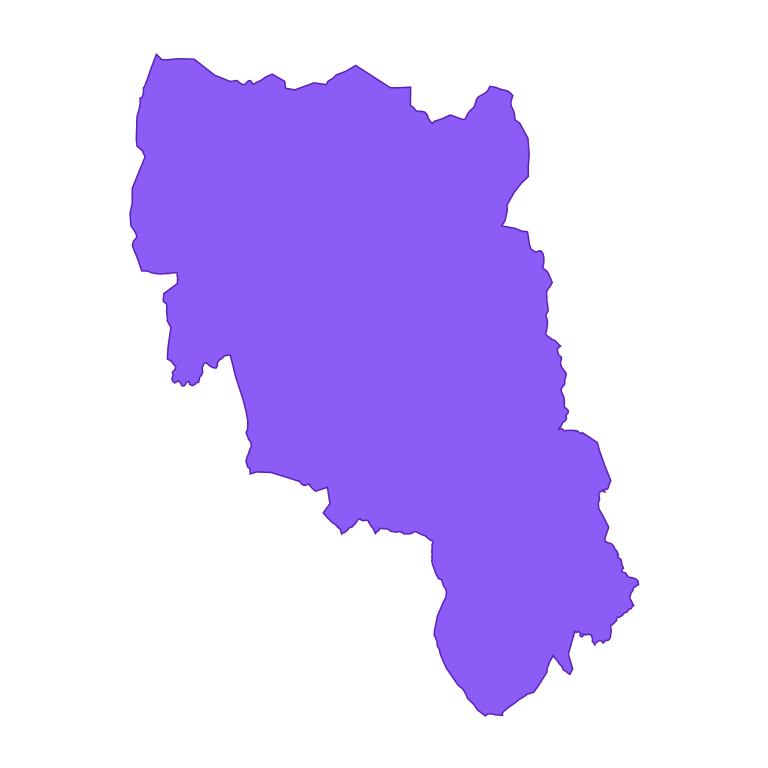 the district of Antananarivo Atsimondrano, Analamanga, Madagascar, rotated 179°
{"feature_id": "10022922B82805843876956", "entity_name": "Antananarivo Atsimondrano", "entity_type": "district", "adm_level": 2, "iso_a3": "MDG", "parent_name": "Madagascar", "parent_adm1": "Analamanga", "projection": "natural_earth1", "projection_center": [47.486, -19.01], "detail": "fine", "context": "isolated", "style": "filled", "palette": "violet", "viewbox_px": 768, "rotation_deg": 179, "n_neighbors": 0, "source": "geoboundaries", "source_scale": "gbopen_adm2", "svg_char_len": 6127}
<svg xmlns="http://www.w3.org/2000/svg" viewBox="0 0 768 768"><g transform="rotate(179 384 384)"><path d="M326.4,98.5L315.3,81.7L310.4,77.5L307.6,72.5L305.8,68.0L299.5,61.7L296.2,56.4L288.4,50.4L286.2,52.2L284.6,52.3L281.3,52.1L278.0,51.2L271.2,50.7L271.6,52.5L271.1,53.2L269.5,55.0L263.6,59.6L259.6,62.1L254.4,66.1L247.4,70.3L247.1,71.0L239.6,73.2L235.1,79.3L226.0,93.3L226.0,95.4L225.4,98.0L223.8,101.6L223.9,102.1L219.5,109.5L218.0,107.0L216.2,105.2L213.6,101.2L211.2,98.7L209.5,94.7L208.0,94.1L203.3,90.4L200.3,95.8L204.4,110.6L197.6,133.3L196.2,132.3L193.9,133.1L191.6,130.8L192.4,129.5L192.2,128.6L190.7,127.7L189.6,128.2L189.3,130.1L188.7,130.5L186.9,129.5L184.4,130.2L181.4,129.7L180.0,125.7L180.2,122.8L178.9,121.6L177.8,119.5L177.2,120.8L176.3,121.8L173.6,123.5L172.4,123.7L171.0,123.3L170.5,122.9L170.0,121.4L169.4,121.3L167.9,122.5L167.2,123.7L165.8,123.9L164.8,123.6L163.1,124.8L162.0,127.1L161.8,129.5L161.0,132.9L161.8,138.7L160.9,138.8L159.6,139.6L155.6,143.4L155.7,144.2L154.9,146.7L153.2,146.7L152.1,147.1L149.6,148.6L147.7,151.0L144.8,151.8L143.5,154.1L142.8,154.3L142.7,154.8L140.8,155.1L139.4,157.5L138.1,158.1L139.8,161.0L140.5,163.3L141.9,164.4L141.8,166.6L140.7,170.6L139.0,172.9L137.8,176.4L136.5,176.7L134.4,178.4L133.0,178.8L133.3,182.1L134.2,183.5L135.8,184.7L139.1,185.9L143.0,186.7L145.8,191.0L149.0,191.7L149.5,192.7L149.5,193.8L147.7,195.7L149.4,199.5L149.8,203.5L150.3,204.5L153.3,207.0L153.6,209.6L152.7,209.3L154.0,212.8L155.9,214.6L157.1,217.8L159.7,220.6L162.9,221.3L166.0,223.3L165.6,226.4L162.1,236.1L162.0,237.4L167.8,249.2L171.4,255.5L171.8,260.9L170.5,265.1L171.1,270.8L170.4,271.8L167.4,273.9L166.1,272.3L165.3,272.3L166.1,273.0L166.2,274.1L164.6,274.3L164.1,275.3L162.5,275.0L161.3,276.9L161.4,278.1L160.8,278.9L159.0,283.5L164.9,299.2L169.4,312.7L171.8,321.8L186.6,332.0L188.1,331.1L189.1,331.6L191.3,333.6L195.1,334.3L201.9,334.5L202.8,334.0L205.4,334.6L206.4,335.9L207.3,336.2L209.8,335.6L210.0,336.8L208.1,338.0L205.7,343.0L203.9,343.5L202.1,346.0L202.6,349.3L200.2,352.3L200.2,354.0L201.0,355.2L204.1,357.9L204.0,364.4L204.5,368.2L206.5,372.5L207.0,374.5L206.8,376.0L205.9,377.7L203.3,380.6L203.3,384.5L201.5,390.5L202.1,392.1L206.1,397.8L207.1,401.0L207.1,402.7L206.1,406.0L206.2,407.8L208.5,409.7L209.3,411.0L210.1,414.8L209.6,416.7L206.8,418.7L212.4,424.5L215.0,425.6L221.1,430.2L221.4,432.0L220.3,435.8L219.4,442.4L219.7,445.8L220.8,448.5L220.7,451.3L219.4,452.7L218.5,454.4L219.9,466.8L219.6,468.3L220.0,471.8L219.6,473.6L218.1,476.5L216.5,478.2L214.0,482.6L218.0,492.3L219.3,494.1L222.7,496.9L223.1,498.6L222.2,501.6L222.0,504.1L222.0,508.0L222.6,510.8L223.5,512.9L224.9,514.4L226.9,514.3L229.8,513.3L231.9,514.3L234.7,516.3L236.2,521.3L237.8,533.5L239.8,534.1L242.6,534.1L250.5,537.4L263.6,540.0L260.6,544.4L259.8,546.5L257.7,555.2L257.9,560.6L255.1,565.6L250.4,573.4L243.1,582.5L236.0,589.0L236.0,598.3L234.8,610.9L235.8,627.2L243.2,641.5L244.3,643.0L248.0,645.4L248.5,647.3L248.9,651.9L249.9,655.4L252.0,660.0L252.2,662.4L252.2,663.8L250.2,670.2L252.9,673.1L254.9,674.6L257.7,675.6L260.7,676.1L267.6,678.8L273.0,679.7L275.3,675.3L277.5,673.4L283.9,669.8L285.3,668.7L286.7,666.5L288.6,660.3L289.8,658.6L293.3,655.6L295.7,652.6L298.3,647.3L300.0,647.1L301.6,647.4L311.9,651.5L313.8,651.6L320.4,648.4L329.1,645.8L331.1,643.7L332.8,645.3L335.4,649.7L336.0,652.4L338.4,655.1L342.0,656.0L345.7,656.2L347.6,657.0L349.5,659.8L352.7,661.9L352.2,680.3L367.6,679.9L372.7,680.2L406.7,703.0L417.0,697.2L426.3,693.9L429.9,690.4L434.5,687.9L436.7,684.4L448.7,686.3L468.0,679.7L477.3,681.4L478.0,688.4L490.4,695.7L497.0,693.0L502.2,689.4L506.6,687.7L508.6,686.2L510.0,686.3L511.9,689.4L514.0,689.7L518.3,685.7L520.2,686.1L523.0,687.5L525.5,690.0L532.6,689.2L547.9,695.7L568.2,712.1L584.7,712.8L596.2,711.9L600.4,712.1L605.8,717.6L611.4,703.6L615.8,691.5L618.2,685.6L619.3,684.5L619.5,678.8L620.5,675.7L621.5,674.4L623.0,674.0L622.8,669.0L624.1,662.9L626.3,655.6L627.4,633.1L626.8,626.1L621.6,621.4L618.9,615.3L632.2,584.3L632.7,568.4L635.0,558.9L634.3,546.8L629.8,539.7L628.4,535.2L632.0,531.2L633.2,526.6L627.9,512.8L624.3,501.3L618.1,501.0L614.5,499.3L609.6,498.3L605.2,497.9L598.9,498.3L598.0,498.0L597.0,498.4L593.4,498.8L588.9,499.0L588.7,497.9L589.0,495.9L588.5,494.3L588.8,488.1L602.6,478.2L603.3,470.8L601.9,469.1L600.8,469.1L599.7,466.2L600.1,459.6L599.4,453.1L599.6,451.1L596.1,444.2L599.3,424.5L600.2,412.8L596.0,410.3L594.6,407.9L591.9,404.9L592.8,402.2L595.4,399.4L594.7,396.5L596.0,392.8L595.1,390.3L593.3,388.7L589.3,390.8L587.6,389.0L586.0,385.6L583.6,385.8L582.4,387.2L581.3,389.3L579.1,390.0L578.4,387.0L575.8,385.7L573.1,386.8L572.0,388.4L569.3,389.0L568.2,393.8L566.2,396.2L565.1,398.9L565.5,403.5L563.6,407.6L561.8,408.6L557.1,404.5L554.0,403.1L551.6,402.9L550.2,405.0L550.4,407.7L548.5,410.6L545.4,412.4L543.1,414.9L539.6,415.6L537.1,415.3L532.1,393.4L525.4,371.8L522.5,359.6L520.8,349.4L521.2,340.9L522.8,337.9L520.1,330.6L518.2,328.5L517.7,324.1L519.4,320.8L520.7,316.6L522.1,313.9L523.3,309.2L521.9,303.6L519.5,301.6L519.4,296.4L513.0,298.3L498.4,297.5L470.0,288.0L467.7,284.9L465.2,283.9L461.1,285.2L457.6,281.0L454.9,278.4L453.9,278.1L442.4,281.7L440.1,265.4L447.0,256.2L443.2,251.5L438.0,246.2L435.7,244.8L434.1,243.3L432.8,241.5L430.9,240.3L429.8,238.3L429.6,236.7L428.8,234.7L428.0,235.6L425.6,236.4L424.5,237.6L423.6,238.0L421.0,240.9L418.5,241.6L415.2,244.8L412.2,248.9L410.6,249.6L409.6,249.2L409.8,248.7L407.3,247.6L403.8,248.2L402.0,247.3L401.8,246.3L399.6,242.5L397.2,239.2L395.2,234.6L393.4,236.8L391.5,237.8L390.7,239.6L390.3,239.9L387.9,239.3L386.5,239.6L385.9,239.2L383.3,239.0L381.6,238.3L380.4,236.9L378.3,236.4L374.6,235.7L370.9,236.1L368.9,235.5L366.9,233.8L361.2,233.7L359.0,234.2L356.5,235.8L354.7,235.8L350.0,233.2L345.4,231.4L341.0,227.5L338.1,225.9L337.6,224.5L338.8,222.7L338.7,220.2L339.1,215.9L338.8,212.2L339.3,210.5L338.9,208.7L339.3,206.6L338.9,203.8L335.6,193.6L332.8,188.4L330.6,187.7L329.7,186.9L328.3,181.8L325.8,177.8L325.2,174.7L325.8,169.9L328.3,165.3L334.6,151.2L337.8,136.5L338.2,132.3L335.7,126.4L335.2,121.0L333.4,117.7L332.3,112.7L329.7,105.8L326.4,98.5Z" fill="#8b5cf6" stroke="#5b21b6" stroke-width="1.5"/></g></svg>